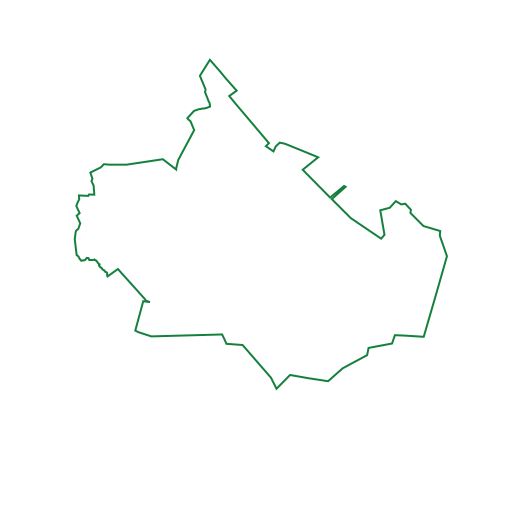 San Javier, Sonora, Mexico, rotated 128°
{"feature_id": "50627088B99780541835919", "entity_name": "San Javier", "entity_type": "district", "adm_level": 2, "iso_a3": "MEX", "parent_name": "Mexico", "parent_adm1": "Sonora", "projection": "mercator", "projection_center": [-109.729, 28.612], "detail": "fine", "context": "isolated", "style": "outline", "palette": "green", "viewbox_px": 512, "rotation_deg": 128, "n_neighbors": 0, "source": "geoboundaries", "source_scale": "gbopen_adm2", "svg_char_len": 2860}
<svg xmlns="http://www.w3.org/2000/svg" viewBox="0 0 512 512"><g transform="rotate(128 256 256)"><path d="M137.6,373.0L134.8,388.5L132.9,397.0L129.8,413.1L145.2,411.5L148.6,411.1L155.5,398.8L155.7,398.5L155.9,398.3L156.1,398.1L156.4,397.9L156.7,397.7L157.0,397.6L157.7,397.3L158.1,397.2L158.3,397.0L160.6,393.0L163.0,389.0L163.5,388.1L163.9,387.0L164.0,386.8L164.2,386.6L164.6,386.1L164.9,385.8L165.1,385.7L165.3,385.4L165.6,385.2L165.8,384.9L166.6,384.2L167.5,384.8L168.6,385.4L169.0,385.6L169.2,385.8L169.7,386.1L170.0,386.3L171.2,387.3L171.9,388.0L172.2,388.3L172.9,389.0L173.7,389.8L174.1,390.1L174.6,390.5L175.2,391.1L176.1,391.8L177.1,392.4L178.6,393.4L179.9,394.2L189.7,394.9L190.1,393.3L190.1,391.7L190.2,390.4L194.9,382.2L228.2,376.4L236.0,372.9L237.0,372.2L237.1,389.0L246.7,398.1L263.8,414.3L274.6,428.2L277.3,432.4L281.6,432.8L292.2,437.9L295.9,432.4L298.3,431.7L300.5,427.3L307.2,421.2L310.4,425.5L311.9,425.2L317.3,432.8L320.2,430.2L323.4,429.6L327.2,428.4L330.8,421.4L334.6,422.1L338.5,414.6L344.2,412.7L346.3,413.3L348.2,412.8L354.3,409.2L365.8,397.8L365.8,397.7L365.7,397.4L365.7,397.1L365.6,396.9L365.6,396.7L365.6,396.4L365.7,396.2L365.7,395.7L365.9,395.3L366.0,394.9L366.1,394.6L366.2,394.4L366.3,394.3L366.3,394.1L366.4,393.9L366.5,393.7L366.7,393.4L366.9,393.1L366.9,392.8L366.9,392.6L367.0,392.5L367.0,392.3L367.0,392.2L367.0,391.8L367.1,391.6L367.1,391.4L367.2,391.2L367.3,391.0L367.3,390.9L367.3,390.7L367.2,390.6L367.0,390.4L366.0,389.6L365.9,389.6L365.7,389.4L365.5,389.2L365.4,389.1L365.3,388.9L365.2,388.8L365.1,388.7L364.9,388.5L364.8,388.4L364.7,388.3L361.8,388.1L361.7,388.1L361.6,387.9L361.5,387.7L361.4,387.7L361.2,387.4L361.1,387.2L360.9,386.9L360.8,386.7L361.8,385.0L360.9,383.7L358.9,381.4L358.2,381.1L358.4,380.4L358.2,380.1L358.0,379.2L358.2,378.4L358.4,377.2L358.7,376.8L359.0,375.7L358.9,374.2L359.6,374.2L360.1,374.0L360.4,373.4L360.4,372.2L360.8,371.6L360.5,370.8L360.6,369.8L361.1,368.8L360.7,366.5L361.1,366.1L361.3,365.1L360.8,363.7L360.9,363.1L361.2,362.8L363.2,361.1L363.5,360.4L351.3,356.8L358.4,316.8L359.0,315.3L357.6,311.2L360.9,316.7L361.0,316.8L361.1,317.0L361.7,316.7L361.8,316.7L389.1,305.2L388.4,301.7L383.8,289.0L338.7,234.4L340.7,230.3L343.4,225.2L334.4,211.8L342.7,169.2L348.0,158.1L328.8,155.9L320.0,139.4L317.4,134.8L310.3,122.1L291.3,118.6L283.2,115.1L265.7,107.4L259.1,110.7L241.2,94.9L232.9,97.8L228.0,91.0L216.4,74.1L174.1,91.0L154.6,98.9L138.6,105.4L126.8,123.7L122.9,126.2L129.3,142.5L127.0,160.8L124.2,162.4L122.9,170.6L125.9,173.3L126.7,179.6L135.6,180.3L143.5,186.2L160.2,167.8L165.3,168.1L167.8,204.6L164.6,230.5L164.5,231.3L146.3,228.0L146.6,229.7L164.3,233.6L159.3,272.3L140.0,267.8L141.2,272.3L143.7,281.2L149.3,300.9L150.0,302.9L152.1,307.1L157.6,307.9L162.8,306.6L163.4,315.8L159.1,315.3L148.5,366.2L146.4,375.6L137.6,373.0Z" fill="none" stroke="#15803d" stroke-width="2"/></g></svg>